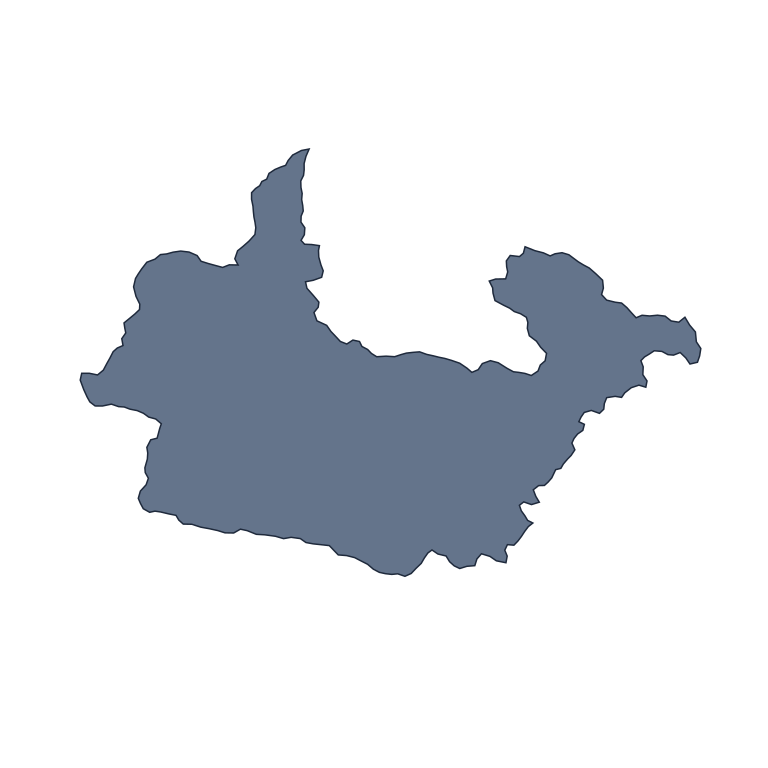 outline of Virginópolis, Minas Gerais, Brazil, rotated 289°
{"feature_id": "56859067B47884480134437", "entity_name": "Virginópolis", "entity_type": "district", "adm_level": 2, "iso_a3": "BRA", "parent_name": "Brazil", "parent_adm1": "Minas Gerais", "projection": "natural_earth1", "projection_center": [-42.648, -18.801], "detail": "fine", "context": "isolated", "style": "filled", "palette": "slate", "viewbox_px": 768, "rotation_deg": 289, "n_neighbors": 0, "source": "geoboundaries", "source_scale": "gbopen_adm2", "svg_char_len": 4141}
<svg xmlns="http://www.w3.org/2000/svg" viewBox="0 0 768 768"><g transform="rotate(289 384 384)"><path d="M581.8,236.7L577.9,229.9L570.8,223.1L564.1,220.6L558.7,219.8L555.6,215.8L551.3,211.0L545.7,206.7L539.5,206.4L535.7,202.6L531.0,201.9L527.0,198.9L521.8,196.5L515.6,198.6L509.5,202.2L504.4,204.4L499.5,206.7L494.9,209.4L490.0,211.9L483.3,213.3L475.1,209.8L468.2,205.9L462.3,202.2L453.8,202.2L449.0,207.3L446.3,198.9L441.7,193.5L441.2,186.4L440.7,178.6L440.5,171.1L444.6,165.5L445.3,156.8L443.5,148.5L440.0,141.7L436.2,136.1L433.6,130.5L427.5,126.8L421.9,120.1L413.9,117.4L408.0,115.8L402.9,114.7L394.3,115.6L386.1,121.0L380.0,127.1L374.8,128.6L369.0,125.6L363.1,122.0L357.1,118.3L352.5,120.7L348.2,123.2L341.5,121.3L335.4,124.7L331.2,120.1L326.4,117.4L319.3,116.4L313.3,115.3L305.7,114.1L299.3,110.2L298.2,101.9L295.7,94.7L288.8,95.5L281.0,101.9L275.1,107.5L271.3,111.7L269.2,118.0L271.5,124.9L276.2,132.8L276.2,140.4L277.7,145.9L277.5,152.0L278.5,159.3L278.0,166.1L276.1,172.3L276.6,179.5L273.9,186.4L269.0,186.4L263.6,186.8L258.9,187.1L255.3,181.6L246.9,180.4L241.8,183.1L235.9,184.7L226.9,185.2L222.5,187.1L218.2,191.9L211.3,191.9L203.4,188.5L195.9,188.9L191.8,192.6L187.7,197.0L186.4,204.2L189.2,208.8L190.3,214.6L191.1,222.8L192.1,230.1L188.5,234.3L186.2,239.8L188.8,247.9L189.0,257.4L190.3,265.9L191.3,274.6L191.5,282.1L194.2,290.4L200.0,295.5L200.8,302.4L200.3,312.2L202.6,320.4L204.7,331.0L205.1,339.4L208.8,346.1L210.6,355.2L208.7,361.8L209.8,369.1L211.6,376.9L213.4,384.9L210.0,391.5L207.5,396.4L209.6,404.5L210.3,412.8L209.3,419.4L208.2,427.2L205.4,434.3L204.4,440.9L205.1,447.0L206.5,453.3L209.0,458.8L209.0,466.4L213.7,471.4L220.1,474.3L226.5,477.6L232.6,478.8L238.5,480.5L242.7,483.4L240.8,490.3L241.6,498.7L237.3,503.9L234.9,509.6L234.2,515.7L238.6,521.7L241.8,529.0L248.8,528.8L255.2,531.4L255.5,540.3L253.4,547.8L254.7,557.5L261.4,556.5L266.2,552.3L272.3,553.0L273.9,559.3L279.0,561.7L284.4,563.5L290.3,565.0L296.2,566.9L301.0,570.0L301.8,564.2L305.2,560.2L308.8,555.1L313.4,551.5L318.0,554.5L318.0,562.7L322.8,569.3L327.2,564.1L332.6,559.6L338.3,563.3L340.3,568.7L344.7,571.1L349.9,573.2L358.9,574.2L361.8,578.7L366.7,579.6L372.8,582.0L377.4,584.2L383.9,585.9L389.3,580.9L394.3,581.4L399.7,583.3L404.9,587.1L411.1,586.6L411.8,580.5L416.9,581.1L422.3,582.6L426.5,588.6L426.4,597.3L431.7,600.0L437.2,598.7L443.6,599.0L447.6,606.6L448.7,613.0L454.0,614.5L461.0,619.0L465.9,625.4L466.2,632.6L472.5,631.7L477.1,625.7L484.6,623.5L489.7,619.3L494.4,621.5L498.7,625.1L503.4,628.7L505.3,636.2L504.2,642.9L505.6,648.4L510.2,653.8L506.9,660.9L502.5,666.8L506.6,673.3L513.3,673.3L520.7,672.0L525.6,665.6L534.6,661.5L539.2,653.8L545.1,646.8L538.4,642.6L537.1,635.0L539.7,627.7L538.1,620.2L534.8,613.0L533.0,605.6L528.7,600.8L531.8,595.0L535.3,588.8L537.9,582.3L536.6,575.9L535.8,567.2L539.4,560.6L546.1,560.2L553.3,556.9L557.2,548.4L560.5,540.3L561.5,533.9L562.8,527.9L564.6,522.3L566.4,516.7L566.1,509.6L562.8,503.3L559.2,499.4L559.9,492.1L559.2,483.3L559.7,472.7L553.0,473.2L548.6,470.6L546.6,461.5L540.2,459.6L534.8,461.8L530.2,464.5L523.0,464.8L519.6,455.4L515.6,450.0L510.3,455.4L505.4,457.5L499.0,461.8L497.4,471.6L496.6,478.2L494.9,483.6L494.9,490.2L493.4,496.9L489.0,500.0L483.3,501.4L476.9,505.7L474.1,514.2L469.7,520.2L465.9,527.7L458.4,528.8L452.8,525.6L446.4,525.4L440.0,520.5L439.9,513.8L438.9,507.8L437.7,502.4L438.9,495.2L441.3,485.1L440.7,477.0L435.3,470.3L428.2,468.4L423.6,463.3L426.0,457.3L428.3,448.8L428.3,439.9L428.0,433.3L427.2,427.3L426.7,421.5L425.9,414.8L426.0,407.2L423.4,401.2L420.5,395.1L417.4,390.6L413.3,385.2L411.0,376.9L407.4,368.2L408.8,362.2L411.3,357.3L412.3,350.9L416.2,347.0L415.4,340.3L409.7,335.8L410.0,328.9L413.4,322.5L416.4,316.7L420.8,310.7L421.9,300.0L428.8,294.5L435.2,296.8L440.2,295.8L444.8,288.2L449.4,280.0L455.1,276.5L459.0,283.3L464.6,290.3L471.2,289.7L476.1,285.6L482.8,281.0L488.9,278.6L493.8,277.9L492.3,270.1L490.3,263.4L492.8,258.8L499.2,260.1L505.9,258.3L510.0,252.8L515.7,251.0L521.3,251.3L526.2,249.1L531.6,246.1L537.5,244.6L542.8,241.5L548.9,239.2L555.1,240.0L560.5,238.8L566.4,236.7L573.8,236.1L581.8,236.7Z" fill="#64748b" stroke="#1e293b" stroke-width="1.5"/></g></svg>